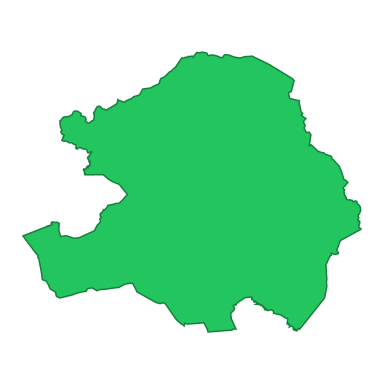 the district of Jaunpiebalgas pag., Jaunpiebalgas, Latvia
{"feature_id": "27541924B32667886531157", "entity_name": "Jaunpiebalgas pag.", "entity_type": "district", "adm_level": 2, "iso_a3": "LVA", "parent_name": "Latvia", "parent_adm1": "Jaunpiebalgas", "projection": "albers", "projection_center": [26.006, 57.148], "detail": "fine", "context": "isolated", "style": "filled", "palette": "green", "viewbox_px": 384, "rotation_deg": 0, "n_neighbors": 0, "source": "geoboundaries", "source_scale": "gbopen_adm2", "svg_char_len": 5841}
<svg xmlns="http://www.w3.org/2000/svg" viewBox="0 0 384 384"><path d="M193.0,56.2L191.9,56.1L189.6,56.6L188.0,56.4L187.0,57.4L185.4,57.3L183.4,58.2L181.7,58.0L174.8,68.2L174.1,68.2L170.4,71.8L169.8,71.6L165.1,76.3L162.2,78.1L160.8,78.5L159.8,80.9L159.4,83.1L158.2,84.3L152.8,86.5L151.2,87.8L142.7,89.1L139.4,95.0L133.7,96.7L130.9,99.0L129.7,99.2L125.9,100.9L124.7,102.4L119.2,100.5L117.9,99.7L117.9,100.8L116.5,104.0L106.1,110.2L104.6,109.2L103.1,109.2L99.5,106.1L97.3,106.6L95.6,109.2L94.5,112.0L93.8,112.3L93.8,113.9L94.4,116.2L94.0,117.5L93.9,119.8L93.3,120.4L92.5,120.4L89.5,122.8L88.1,123.3L87.6,122.6L85.5,121.3L85.5,120.7L86.0,119.9L86.1,119.5L85.4,117.2L83.5,116.3L81.5,116.0L80.8,115.2L81.1,113.5L77.8,111.3L75.2,110.9L73.5,111.7L72.0,115.0L71.1,115.0L69.9,116.2L63.3,117.2L60.5,120.6L59.7,121.1L60.6,122.0L60.5,122.6L59.8,123.5L60.3,124.8L60.3,125.6L60.5,125.9L60.3,126.9L61.4,128.6L61.4,130.0L61.8,130.8L61.6,131.2L60.9,131.6L60.9,131.9L61.2,132.2L61.4,133.4L64.2,135.5L63.9,136.1L63.0,137.1L62.8,138.6L61.9,139.9L61.9,140.4L63.8,141.3L65.8,140.9L69.4,142.9L71.3,142.6L74.0,144.4L75.9,144.7L76.2,146.9L75.9,147.3L75.8,148.1L76.7,149.0L77.6,148.9L78.1,148.0L80.2,147.5L83.0,148.9L84.5,149.2L85.2,148.9L86.1,149.2L87.1,150.6L87.4,152.0L88.0,152.9L88.7,152.9L91.5,151.6L91.6,151.8L91.4,152.8L89.2,155.4L89.5,155.9L89.2,156.1L89.0,156.9L88.1,156.8L87.5,158.0L88.3,159.2L88.3,159.7L88.9,160.3L89.0,161.1L89.9,161.0L90.1,162.1L89.3,162.0L89.5,162.4L89.8,164.0L90.2,164.4L89.9,165.3L89.7,165.2L89.6,165.5L89.1,165.6L88.7,166.4L88.1,165.8L87.5,166.6L87.7,167.6L86.9,167.0L86.5,167.1L86.4,167.5L86.3,168.8L85.4,169.4L84.9,169.1L84.8,169.6L84.5,169.7L83.6,169.2L83.6,170.4L84.2,170.8L84.4,171.6L84.7,171.9L84.5,172.4L84.9,173.2L84.6,173.3L84.5,174.0L85.2,174.1L85.1,174.8L103.3,174.7L108.3,179.0L112.3,181.6L119.3,184.4L127.4,194.5L122.3,200.2L119.0,203.3L115.9,203.4L113.8,204.2L107.7,205.4L107.1,207.3L104.2,210.2L103.5,209.8L103.6,210.4L102.9,210.9L101.4,213.1L101.1,212.9L100.1,214.1L100.4,216.3L101.3,217.2L100.7,218.0L99.9,218.5L99.9,219.2L100.6,220.9L99.3,223.1L99.3,223.4L97.5,224.8L94.3,230.8L80.1,237.3L78.5,237.8L74.1,238.3L66.2,235.7L60.7,236.5L59.3,232.0L58.8,229.9L59.2,223.5L58.5,223.5L58.3,222.8L57.9,222.4L56.3,222.3L55.2,222.6L54.4,222.1L52.2,222.0L51.7,222.2L51.8,222.7L51.4,223.0L51.8,223.3L51.8,223.7L51.5,223.8L51.6,224.2L51.3,224.0L50.7,225.1L49.9,225.6L49.1,225.7L49.2,226.0L48.3,226.2L48.4,225.9L48.2,225.8L47.2,226.4L46.7,226.3L46.2,227.2L45.7,227.0L23.0,235.9L25.9,240.0L34.0,250.8L37.3,254.9L38.0,255.3L37.9,256.1L38.0,257.8L38.8,258.5L41.6,273.5L42.3,279.6L46.3,281.2L48.2,284.4L50.1,288.9L55.6,292.1L55.5,293.2L56.0,293.5L56.1,295.8L57.4,296.9L59.8,298.0L72.6,294.8L75.8,293.5L81.5,292.0L86.3,291.2L87.2,289.0L88.0,288.6L92.1,287.9L97.1,290.8L98.4,289.9L100.9,289.5L103.7,289.4L116.7,287.6L118.6,287.6L125.1,284.0L131.6,283.2L132.9,283.8L135.0,287.6L136.9,291.8L156.0,302.5L159.7,303.6L161.3,303.4L163.0,302.6L165.4,303.9L175.9,319.0L177.9,321.2L181.9,324.3L183.2,324.9L184.1,325.9L184.9,323.3L187.7,324.1L204.0,322.8L207.3,329.2L208.0,331.9L209.1,331.9L232.0,330.1L232.0,329.7L232.4,329.3L233.6,329.4L234.8,328.6L236.0,329.0L231.3,318.8L230.7,313.4L234.1,309.9L234.6,308.1L233.3,305.8L234.8,304.5L235.8,305.1L237.6,302.6L245.0,297.7L251.5,297.0L252.0,297.4L251.7,298.3L251.7,299.6L253.6,300.2L253.7,301.0L254.3,302.2L254.9,302.0L254.7,301.2L255.3,301.1L255.5,301.2L255.5,301.8L256.4,302.1L256.5,302.4L256.4,304.0L255.9,304.3L258.0,304.4L257.7,303.6L258.3,303.3L259.6,304.5L260.5,304.4L260.7,304.6L260.4,305.2L260.5,305.4L261.4,305.0L262.3,305.6L262.6,306.7L263.4,306.3L263.7,306.6L263.5,307.0L264.0,307.9L264.7,307.9L264.5,308.8L265.4,308.8L264.8,309.5L264.9,309.8L265.5,309.8L265.7,309.3L266.5,309.4L266.8,309.8L266.7,310.2L267.9,310.6L270.5,309.7L273.3,310.7L273.6,313.3L281.1,315.1L285.2,317.9L287.8,318.5L287.1,323.9L288.8,323.7L288.4,324.3L288.4,324.6L289.6,324.9L289.4,325.6L289.6,325.8L289.7,326.2L289.4,326.9L290.3,326.5L290.0,326.2L292.0,326.1L292.7,327.0L293.6,327.2L293.8,328.4L293.1,328.8L293.4,329.5L294.0,330.1L294.6,330.1L294.9,330.1L295.0,329.3L295.4,329.1L295.7,329.8L296.4,330.1L296.3,330.9L296.6,330.9L296.7,330.5L297.7,330.0L297.7,329.1L298.3,328.5L299.7,329.2L324.6,298.0L326.8,286.5L326.5,282.4L326.8,279.2L325.9,264.7L327.5,261.7L327.7,260.9L329.9,256.3L331.2,255.4L331.2,253.1L331.6,253.0L333.4,254.1L334.4,254.3L337.4,254.0L338.4,253.5L338.3,252.3L337.7,252.0L336.7,250.5L340.3,240.6L361.0,229.2L360.9,228.7L360.7,228.5L359.4,228.0L359.5,227.7L359.2,227.5L358.8,226.3L358.8,225.2L359.1,225.2L359.2,224.4L359.6,223.9L359.6,223.1L359.9,222.6L359.8,222.1L359.5,221.9L359.6,221.4L358.9,221.1L358.8,220.6L358.2,220.6L358.2,220.2L357.8,219.8L358.1,218.9L358.7,218.3L358.7,217.4L358.3,216.7L358.3,214.9L359.5,213.6L360.6,210.5L360.6,209.4L360.3,208.2L360.4,207.1L359.2,205.3L357.9,204.3L357.1,203.0L356.8,201.4L355.6,200.9L354.8,201.1L354.2,201.7L352.8,201.6L352.4,200.4L349.8,199.9L347.4,199.9L346.3,198.8L346.2,198.0L346.3,197.4L345.4,196.6L345.0,195.4L344.3,194.5L344.5,193.9L344.1,192.3L344.0,191.1L344.6,189.6L343.4,188.8L343.1,187.9L347.9,182.5L345.9,180.5L344.0,179.5L341.4,171.5L339.2,166.2L332.9,159.3L331.8,158.6L331.7,156.9L330.1,155.8L325.6,154.4L323.7,152.8L322.0,152.7L317.5,151.0L316.8,150.0L311.1,144.8L309.3,145.5L310.9,134.8L309.3,132.3L306.0,132.3L304.2,128.0L305.2,125.5L303.3,121.7L305.9,118.5L301.2,115.4L302.7,113.8L301.0,111.5L300.6,109.2L300.0,106.9L299.9,105.3L299.1,104.5L299.4,100.8L289.9,98.5L289.2,96.6L288.8,94.6L288.6,92.6L291.3,91.5L294.1,80.7L292.6,78.8L269.2,64.5L251.8,56.0L251.2,56.3L244.8,56.6L240.3,58.1L234.7,57.2L229.0,55.1L226.3,54.6L224.3,55.0L223.5,56.0L222.6,57.7L219.7,57.3L218.7,56.5L214.0,55.2L211.9,55.0L208.1,55.7L206.9,53.2L202.2,52.1L200.0,52.7L196.7,52.5L193.2,57.1L193.0,56.2Z" fill="#22c55e" stroke="#15803d" stroke-width="1.5"/></svg>